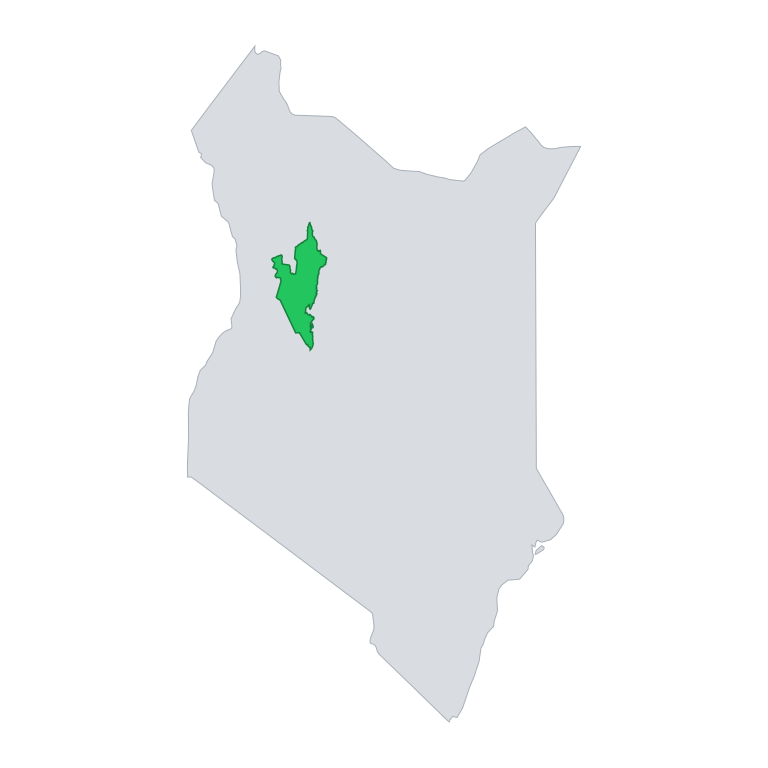 Turkana East, Rift Valley, Kenya (highlighted)
{"feature_id": "3690345B18632189504967", "entity_name": "Turkana East", "entity_type": "district", "adm_level": 2, "iso_a3": "KEN", "parent_name": "Kenya", "parent_adm1": "Rift Valley", "projection": "equal_earth", "projection_center": [36.31, 1.871], "detail": "fine", "context": "in_parent", "style": "filled", "palette": "green", "viewbox_px": 768, "rotation_deg": 0, "n_neighbors": 0, "source": "geoboundaries", "source_scale": "gbopen_adm2", "svg_char_len": 8588}
<svg xmlns="http://www.w3.org/2000/svg" viewBox="0 0 768 768"><path d="M187.6,477.0L187.4,465.7L188.6,436.9L188.4,411.6L189.5,399.0L194.2,390.9L196.3,385.1L197.8,377.0L200.3,370.3L205.8,364.9L206.7,361.9L212.6,352.9L216.1,341.3L218.7,337.4L222.0,333.7L224.3,331.8L228.1,329.9L231.1,328.8L231.7,327.9L231.9,326.0L231.0,318.8L232.2,316.4L234.3,311.6L236.6,307.2L238.7,304.3L239.9,301.4L240.5,296.3L240.6,292.7L240.5,286.9L239.9,273.6L237.4,262.4L235.9,250.0L237.0,245.9L235.0,238.6L234.1,238.2L232.5,236.6L230.5,229.7L229.0,223.4L228.0,221.8L221.4,216.3L218.1,203.4L214.5,200.5L212.5,187.6L212.1,184.0L214.2,171.1L214.0,168.2L211.8,165.5L205.6,162.7L200.6,157.4L201.2,155.6L201.6,153.6L198.9,152.3L191.3,130.4L201.2,117.2L211.2,103.8L224.0,87.0L235.7,71.4L245.9,58.0L254.9,46.1L254.7,48.4L254.8,51.4L255.9,53.2L257.7,54.5L260.3,53.2L262.6,51.3L264.8,50.9L278.4,55.9L280.7,60.2L280.5,64.9L281.1,68.3L280.1,71.7L278.9,82.0L279.3,91.4L283.3,98.4L287.0,103.9L289.9,111.6L292.0,114.0L295.0,115.2L304.3,115.5L318.1,116.0L331.5,116.5L332.7,116.7L335.5,117.7L347.8,128.1L359.0,137.6L368.5,145.9L377.7,154.0L386.7,161.8L393.6,168.3L400.5,170.3L411.6,171.2L419.3,171.5L426.5,174.2L437.1,176.8L445.0,178.1L449.8,179.6L463.0,181.1L465.2,180.2L471.0,173.0L477.5,161.3L480.1,154.8L488.5,148.4L503.4,139.5L513.9,133.2L525.5,126.9L530.8,132.4L538.1,141.2L541.4,145.5L544.0,147.5L548.0,148.7L552.8,148.8L555.4,148.6L560.8,147.4L573.4,146.4L580.6,146.5L574.6,158.2L567.3,172.2L554.0,198.0L543.8,211.5L536.2,221.8L535.5,223.6L535.5,235.1L535.6,263.0L535.8,319.0L536.0,375.0L536.2,430.9L536.3,458.9L536.3,468.3L543.0,480.1L549.6,491.5L558.4,506.8L563.0,514.9L563.8,517.6L563.6,523.1L556.4,534.5L550.5,539.7L542.5,542.1L540.2,541.7L537.1,540.0L535.8,542.8L534.9,547.0L533.2,546.1L531.8,544.9L532.6,552.4L533.4,556.2L532.2,561.2L528.4,565.6L528.0,569.3L519.7,579.1L507.9,580.2L501.7,585.0L498.9,589.0L496.8,597.7L497.5,610.9L494.2,621.2L493.6,626.3L487.5,632.9L484.8,639.0L482.8,645.2L481.0,647.9L479.0,661.8L476.1,670.2L475.3,673.0L474.6,675.6L472.4,680.5L471.0,683.9L470.0,686.1L462.7,707.7L457.1,717.5L452.7,716.4L449.8,720.1L449.5,721.9L447.9,720.9L444.2,717.4L436.7,710.0L429.2,702.7L421.6,695.4L414.1,688.0L406.5,680.7L399.0,673.4L391.4,666.1L383.8,658.7L379.4,654.4L377.5,651.9L375.9,646.8L375.2,645.6L373.2,644.0L370.8,643.6L370.1,642.7L370.1,640.2L371.0,636.7L373.7,630.0L374.0,626.0L373.5,621.5L372.6,614.3L371.9,612.7L366.9,608.9L356.4,601.0L345.9,593.1L335.4,585.2L324.9,577.3L314.4,569.4L303.9,561.5L293.4,553.6L282.9,545.7L272.4,537.8L261.9,529.9L251.4,522.0L240.8,514.1L230.3,506.2L219.8,498.3L209.3,490.4L198.8,482.5L194.9,479.6L191.3,477.0L187.6,477.0ZM537.0,553.8L535.2,554.4L536.1,550.6L541.5,545.7L543.7,546.8L544.1,547.9L544.0,548.9L543.1,549.9L537.0,553.8Z" fill="#d9dde1" stroke="#a8b0b8" stroke-width="1"/><path d="M309.9,222.6L309.5,222.7L309.5,222.9L309.4,223.0L309.3,223.7L308.9,224.0L308.7,224.4L308.7,225.0L308.6,225.5L308.6,225.8L308.0,226.7L307.7,227.5L307.7,227.9L307.9,229.1L307.8,229.4L307.6,230.0L307.2,230.6L307.3,230.9L307.7,231.6L307.8,232.0L307.5,234.2L307.5,238.5L307.3,238.9L306.9,239.5L303.8,241.4L303.2,241.9L302.6,242.8L301.8,242.6L301.5,242.7L301.1,243.2L300.4,243.7L299.9,244.3L299.1,244.4L298.9,244.7L298.6,244.8L298.4,245.1L297.9,245.4L297.6,246.0L297.2,246.3L296.7,246.5L296.3,246.8L295.6,247.0L295.4,247.3L295.4,247.7L295.7,248.6L295.2,250.7L295.0,254.5L294.7,257.5L294.6,258.5L295.0,259.0L295.5,259.0L296.3,260.4L296.8,261.0L297.0,261.5L297.1,262.4L297.0,263.8L296.6,265.9L296.3,269.8L295.6,273.8L294.9,273.8L294.0,274.4L293.7,274.4L293.3,273.9L293.0,273.8L292.4,273.3L292.1,273.6L291.6,274.0L291.3,273.9L291.1,273.3L290.5,272.6L290.3,272.2L290.3,271.7L290.6,270.3L290.5,269.8L289.9,268.2L290.0,266.8L289.5,265.4L289.3,265.1L282.2,264.0L282.0,263.9L282.1,263.1L282.0,262.7L282.1,262.2L282.2,261.7L281.9,260.9L281.8,260.5L281.9,259.4L281.7,258.7L281.8,258.1L282.1,257.4L282.2,257.0L282.0,256.3L282.0,255.7L281.9,255.4L281.5,255.1L281.2,255.2L280.9,255.1L280.6,255.1L280.4,255.4L279.7,255.7L279.3,255.6L278.9,255.7L278.2,256.3L277.5,256.2L277.2,256.3L276.6,256.7L276.3,256.8L275.8,257.3L275.4,257.5L275.0,257.7L274.2,257.6L273.7,257.8L273.3,258.2L272.6,258.3L271.9,259.0L272.0,260.0L272.4,260.7L273.3,261.7L274.3,262.6L274.5,262.8L274.6,263.2L274.6,263.6L274.5,264.2L274.0,265.1L273.7,266.1L273.0,267.0L273.0,267.4L273.0,267.6L273.3,267.9L274.7,267.7L274.9,267.9L275.2,268.8L275.5,269.0L276.2,268.8L276.6,269.1L276.9,269.5L277.2,270.1L277.4,270.9L277.4,271.7L277.3,272.1L277.1,272.5L276.9,272.9L276.1,273.8L275.4,275.0L275.2,275.8L275.3,276.6L275.8,277.2L276.5,277.8L276.6,277.6L276.8,277.5L278.7,277.5L279.7,277.6L280.2,277.9L280.5,278.2L280.6,280.0L281.1,281.6L281.1,282.0L280.7,282.6L280.2,283.9L279.8,285.5L276.3,297.3L277.0,298.0L277.4,298.4L278.0,299.0L279.0,299.4L279.2,299.6L279.7,299.9L280.1,300.0L280.8,301.5L295.7,332.9L299.4,332.7L306.5,344.7L307.8,344.5L307.8,344.8L308.0,345.0L308.1,345.8L308.2,346.3L308.8,346.5L308.9,346.8L309.1,347.0L309.4,346.9L309.8,347.1L309.8,347.3L310.1,347.5L310.1,348.0L310.1,348.6L310.0,348.8L310.3,349.3L310.3,349.9L311.6,348.4L312.2,347.3L312.9,345.2L313.1,344.0L313.2,342.9L312.7,341.3L312.8,340.4L312.7,340.0L312.8,339.2L312.5,338.4L312.5,338.1L312.6,337.4L312.8,336.7L312.8,336.4L312.6,335.3L312.3,334.8L312.4,334.4L312.3,334.2L312.6,333.2L312.7,332.5L312.5,332.2L312.2,332.2L311.6,331.7L310.5,332.6L310.4,332.6L310.2,332.4L310.1,331.6L310.4,331.2L310.5,330.3L310.4,329.4L310.9,328.8L311.2,328.7L311.4,329.0L311.7,328.5L311.6,328.2L311.4,327.8L311.3,327.2L311.2,326.8L310.8,327.3L310.5,327.1L310.1,326.6L310.1,326.4L310.2,326.2L310.4,326.2L310.5,325.7L310.9,325.9L311.1,325.6L311.4,325.9L311.8,326.4L312.1,326.4L313.0,327.4L313.2,327.0L313.1,326.1L312.8,325.6L312.6,325.0L312.4,324.8L312.5,324.1L312.4,323.9L311.9,324.2L311.7,324.5L311.4,324.2L310.9,324.2L310.8,323.6L310.4,323.6L310.3,323.3L310.4,323.0L310.8,323.0L311.2,322.2L311.7,321.9L311.7,321.1L311.9,320.9L312.3,320.7L312.7,320.0L313.6,319.4L313.9,318.6L313.9,317.6L313.7,317.3L313.3,317.7L313.1,316.8L313.0,316.7L312.7,316.8L312.0,317.0L312.0,316.5L311.6,316.4L311.1,315.7L310.7,315.3L310.4,314.8L310.2,314.5L309.9,314.5L309.6,314.8L309.4,314.7L309.0,315.0L308.4,315.1L308.0,314.8L307.0,313.0L306.7,312.8L305.2,313.2L305.1,312.9L305.7,311.5L305.5,310.9L305.6,310.5L305.6,310.3L305.7,309.9L305.8,308.5L305.9,308.0L306.5,307.4L307.4,306.3L307.9,305.9L307.9,306.2L308.5,306.2L308.6,305.1L309.2,304.5L309.5,305.2L309.4,305.9L309.3,306.2L309.4,308.0L310.1,309.2L310.3,309.2L310.5,309.0L311.3,306.8L311.6,306.2L311.9,306.0L312.0,305.4L312.2,305.0L312.3,304.5L312.4,304.1L312.6,303.3L312.8,303.0L313.0,303.0L313.3,303.3L313.7,303.3L313.8,302.6L314.0,301.8L314.1,300.5L314.4,299.8L314.6,299.0L314.9,298.7L314.9,297.3L315.5,297.1L315.7,296.9L315.8,296.7L315.7,296.4L316.0,296.0L316.0,295.4L316.3,294.8L316.6,294.8L316.6,294.3L316.9,293.8L316.8,293.4L316.7,293.7L316.5,293.8L316.5,293.3L316.2,293.1L316.1,292.8L316.2,292.6L316.5,292.8L316.5,292.6L316.3,292.2L316.7,291.9L316.8,291.6L316.7,291.4L316.8,291.2L317.3,290.5L316.7,290.2L316.3,289.4L316.3,288.9L316.6,288.9L316.6,288.5L316.8,287.9L316.7,287.5L316.5,287.8L316.4,287.5L316.3,285.9L316.3,285.7L316.5,285.5L316.6,285.3L316.8,285.2L317.0,284.8L317.1,284.4L317.4,284.1L317.4,283.8L317.6,282.7L317.5,281.7L317.6,280.3L317.4,280.7L317.2,280.8L317.1,280.7L317.3,279.8L317.6,279.2L317.8,278.0L317.8,277.7L317.5,277.5L317.6,277.2L317.8,277.2L317.9,277.4L317.9,276.5L317.7,276.3L317.8,276.1L317.8,275.6L318.0,275.6L318.1,275.4L318.3,274.9L318.3,274.5L318.9,273.9L318.8,272.3L318.9,271.6L318.7,271.1L318.7,270.8L319.5,269.6L319.7,269.2L319.7,268.6L319.8,268.1L320.0,268.0L320.5,267.5L320.9,267.0L321.1,266.9L321.0,267.3L321.5,267.0L322.3,266.8L322.9,266.5L323.4,266.1L324.0,265.3L324.5,264.9L325.5,264.5L325.5,264.2L325.4,263.3L325.6,263.0L326.0,262.8L326.0,262.4L325.9,261.8L326.1,261.2L326.1,260.8L325.8,260.4L325.8,260.2L326.2,259.9L326.5,259.5L326.6,259.3L326.5,258.6L326.6,257.7L320.5,253.8L320.5,250.8L320.1,250.3L319.8,250.7L319.4,250.7L319.3,250.9L318.9,250.8L318.8,251.1L318.5,251.4L318.1,251.2L317.9,251.0L317.6,250.9L317.5,250.6L317.1,249.0L316.7,248.1L316.8,247.2L317.0,246.3L316.9,245.5L316.9,245.0L317.1,244.5L317.0,243.0L316.8,242.7L316.7,242.3L316.3,240.5L315.2,239.5L314.3,237.9L314.2,237.2L313.7,237.2L313.3,237.1L312.7,236.1L312.7,235.9L312.5,235.6L312.5,235.0L312.3,234.3L312.4,233.2L312.3,232.6L312.5,231.8L312.9,230.9L312.5,230.5L312.2,230.3L312.1,230.0L311.7,228.8L311.7,228.2L311.5,227.0L311.3,226.6L310.4,224.6L310.0,223.4L309.9,222.6Z" fill="#22c55e" stroke="#15803d" stroke-width="1.5"/></svg>